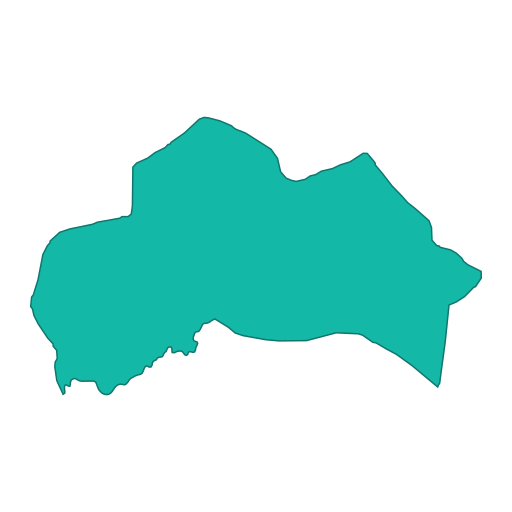 outline of Acatenango, Chimaltenango, Guatemala
{"feature_id": "79465075B13136333773356", "entity_name": "Acatenango", "entity_type": "district", "adm_level": 2, "iso_a3": "GTM", "parent_name": "Guatemala", "parent_adm1": "Chimaltenango", "projection": "robinson", "projection_center": [-90.976, 14.55], "detail": "fine", "context": "isolated", "style": "filled", "palette": "teal", "viewbox_px": 512, "rotation_deg": 0, "n_neighbors": 0, "source": "geoboundaries", "source_scale": "gbopen_adm2", "svg_char_len": 2875}
<svg xmlns="http://www.w3.org/2000/svg" viewBox="0 0 512 512"><path d="M235.8,129.2L233.6,127.8L231.5,125.8L219.7,120.8L208.6,117.9L204.0,117.4L201.5,118.4L199.4,119.1L184.3,133.1L171.1,142.3L169.9,144.2L168.0,144.5L165.3,147.5L155.1,152.6L147.5,158.2L136.6,163.1L132.9,167.1L132.4,205.9L131.3,214.0L128.1,216.6L122.0,216.6L119.8,218.2L97.4,222.2L92.4,224.3L70.0,228.9L59.7,232.3L50.1,241.1L50.1,242.6L47.3,245.8L42.9,254.5L38.0,279.8L33.3,294.9L31.6,297.1L30.7,306.7L32.5,308.9L33.9,315.4L38.2,323.9L47.8,338.2L53.1,343.9L53.1,346.1L56.7,350.4L57.2,358.6L55.2,362.1L54.8,366.6L56.8,380.6L63.1,394.3L64.8,393.0L64.8,391.3L64.5,388.9L64.5,386.8L65.1,385.1L66.8,385.0L68.3,386.1L69.9,386.2L70.3,384.4L70.4,382.9L70.9,380.6L72.6,379.0L74.9,378.5L76.6,379.2L78.2,380.2L79.8,380.9L81.9,381.2L83.7,381.2L86.2,381.1L90.2,381.1L91.9,381.1L93.4,381.0L95.6,382.0L96.2,383.2L96.9,385.0L97.5,386.8L98.1,388.2L98.7,389.5L99.5,390.6L101.1,392.3L102.3,393.3L104.2,394.2L105.5,394.5L107.1,394.6L109.4,394.0L111.2,392.6L112.2,391.4L113.3,389.8L114.4,388.2L115.8,386.4L117.1,385.4L118.3,384.7L119.8,384.2L121.6,384.2L124.1,384.8L125.7,384.4L127.6,382.4L128.6,381.0L129.4,379.8L130.7,378.4L132.0,377.7L133.2,377.1L135.1,376.0L137.3,375.1L139.1,374.6L140.6,374.3L142.3,373.1L142.9,371.7L143.9,369.3L144.4,368.0L145.5,366.3L147.2,366.0L149.1,367.1L151.0,367.0L152.0,365.3L152.4,363.3L152.9,361.7L154.7,360.5L156.3,359.8L157.4,358.0L159.0,357.2L160.7,357.1L162.4,356.6L163.1,355.5L163.6,354.2L164.8,352.4L166.0,351.6L166.7,350.1L167.2,348.8L168.0,347.5L169.6,346.9L171.5,347.3L172.0,349.4L171.9,350.8L172.2,352.6L174.6,352.7L176.0,351.9L177.9,351.2L180.1,351.0L181.3,351.2L182.5,351.7L183.7,353.3L184.8,354.8L186.4,355.4L187.7,354.4L188.1,353.1L189.1,351.7L191.2,351.8L192.7,352.4L194.5,352.0L195.3,350.6L195.6,349.3L195.8,347.7L196.9,345.5L197.7,343.4L197.0,341.9L195.5,341.5L193.8,340.6L193.1,338.6L193.4,336.9L194.1,335.1L194.6,333.2L196.0,331.9L197.5,331.7L198.9,331.2L200.4,329.1L201.0,327.8L201.8,326.1L202.6,324.4L204.2,323.4L206.2,323.2L207.7,323.0L209.7,322.0L211.1,320.9L214.8,318.9L228.4,327.3L235.2,333.0L243.3,335.7L265.8,339.7L279.1,340.9L306.6,340.6L336.2,332.8L358.3,333.8L362.7,335.2L372.8,342.3L376.1,342.9L386.1,348.8L396.5,354.4L412.3,365.8L437.7,387.0L438.2,385.6L439.7,383.1L440.6,375.8L445.3,341.2L449.0,305.0L456.2,302.0L464.6,296.6L473.7,287.3L475.5,286.7L481.3,278.1L481.1,271.4L467.7,264.7L463.7,261.4L461.9,258.3L456.2,253.1L450.6,249.9L440.1,247.3L439.4,246.1L436.6,245.5L432.0,240.2L431.5,227.5L429.0,220.7L415.1,208.5L407.6,202.6L401.5,195.7L392.0,185.9L382.5,173.6L375.4,165.1L375.1,163.0L373.4,160.7L367.2,153.4L363.2,153.3L350.1,161.8L340.5,164.8L332.4,168.6L321.3,171.2L315.5,174.7L310.3,175.9L305.3,179.3L296.2,181.4L291.6,180.4L286.2,178.2L280.6,171.8L277.5,158.4L271.0,149.2L245.6,133.1L235.8,129.2Z" fill="#14b8a6" stroke="#0f766e" stroke-width="1.5"/></svg>